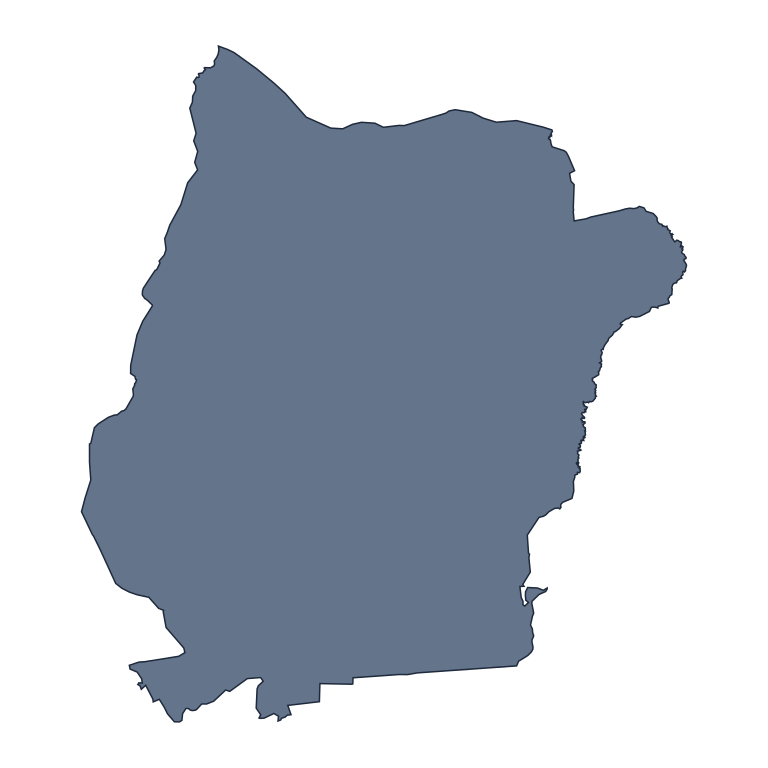 the district of Gaiķu pag., Brocenu, Latvia
{"feature_id": "27541924B40393158953955", "entity_name": "Gaiķu pag.", "entity_type": "district", "adm_level": 2, "iso_a3": "LVA", "parent_name": "Latvia", "parent_adm1": "Brocenu", "projection": "mercator", "projection_center": [22.579, 56.793], "detail": "fine", "context": "isolated", "style": "filled", "palette": "slate", "viewbox_px": 768, "rotation_deg": 0, "n_neighbors": 0, "source": "geoboundaries", "source_scale": "gbopen_adm2", "svg_char_len": 6093}
<svg xmlns="http://www.w3.org/2000/svg" viewBox="0 0 768 768"><path d="M189.8,108.1L196.1,133.3L193.7,140.8L197.7,151.4L194.7,162.4L197.6,169.9L187.7,182.7L180.9,204.6L169.7,225.3L167.4,232.1L164.7,238.7L165.9,248.1L165.9,250.1L164.2,255.1L159.1,261.1L160.0,263.0L156.7,269.7L155.1,270.4L148.3,280.6L143.4,288.1L142.5,290.9L142.3,294.6L142.6,295.4L144.8,298.5L147.2,300.1L152.6,305.3L152.3,305.2L152.3,306.0L142.7,321.3L137.0,334.9L130.7,365.3L130.6,373.5L134.9,376.4L135.5,379.2L136.6,379.8L135.6,382.8L134.8,383.4L134.5,384.3L134.8,385.0L132.8,388.9L133.4,394.6L133.1,396.4L126.0,408.8L124.0,410.6L121.7,411.1L117.3,414.8L114.2,415.1L108.4,417.3L98.2,423.9L94.4,427.7L90.8,443.3L89.5,444.0L89.5,462.2L90.8,480.0L85.0,498.3L81.5,511.7L92.4,534.6L93.5,536.0L100.0,549.2L115.7,583.4L121.8,588.2L129.4,592.1L137.3,594.8L148.8,597.3L158.7,608.4L163.7,610.4L163.2,611.7L166.1,627.5L183.8,648.0L184.9,652.6L178.7,656.3L144.9,661.7L138.9,662.1L129.3,665.3L130.1,669.1L137.2,672.1L141.6,678.7L142.3,683.0L138.9,682.8L137.8,684.6L139.9,685.6L141.3,689.3L145.7,685.3L152.9,699.1L153.2,701.9L159.3,699.3L164.4,707.5L167.5,713.8L174.4,721.8L179.4,721.9L181.9,720.4L182.6,713.7L186.0,708.4L188.6,708.6L190.1,710.0L192.2,710.6L195.3,710.2L196.6,709.5L201.7,704.0L206.6,704.0L213.7,701.2L225.7,690.0L229.7,691.4L247.3,678.6L260.0,677.6L260.8,677.8L263.2,681.3L258.3,685.8L257.1,688.9L256.2,708.1L260.7,714.8L259.0,718.0L259.8,718.4L264.2,718.1L273.9,713.5L278.5,716.2L278.0,721.0L280.7,720.0L281.6,718.2L285.0,717.2L287.2,715.2L291.0,714.7L287.8,705.4L319.4,701.7L319.9,683.6L352.0,684.2L352.8,683.9L353.0,677.8L399.4,674.5L407.6,674.6L417.2,672.9L516.6,665.9L518.6,661.2L527.8,655.5L531.5,651.8L532.9,649.1L533.0,646.9L531.9,641.8L532.1,639.6L533.5,636.5L533.6,635.2L532.7,632.9L532.3,628.7L530.5,625.1L532.5,616.1L533.7,613.1L531.8,603.4L532.0,601.3L539.0,594.5L545.7,591.5L547.2,588.9L547.2,588.0L543.3,590.3L537.6,588.0L527.7,587.5L525.5,591.9L525.4,595.9L525.8,600.2L528.5,602.5L524.7,606.1L523.0,604.7L523.0,601.4L521.2,597.4L519.9,586.5L524.0,586.3L522.8,584.4L530.3,572.1L528.9,557.7L529.5,554.2L528.5,553.0L527.3,535.1L539.0,517.4L543.6,516.2L545.9,514.8L548.8,511.8L554.4,508.5L558.1,508.0L559.8,508.9L561.0,507.3L560.6,506.0L560.9,504.3L562.7,502.3L572.0,498.4L573.8,490.9L573.4,481.4L574.8,477.3L574.8,475.5L575.2,474.9L577.4,474.2L577.4,472.4L579.6,472.7L580.2,471.4L580.1,468.5L579.2,468.2L580.0,466.8L579.0,466.3L578.3,466.8L578.0,466.2L578.1,464.4L578.6,463.3L577.7,463.3L577.0,464.3L576.4,463.7L576.5,462.8L578.3,462.1L577.8,460.8L578.1,460.4L577.8,459.3L578.9,458.0L578.2,457.2L579.0,455.1L577.6,453.7L577.8,451.8L577.5,451.2L580.9,450.3L580.7,449.5L578.3,448.7L578.4,447.8L580.2,447.2L580.5,446.0L579.0,444.1L579.5,443.5L580.7,443.8L581.5,442.9L581.3,442.1L581.7,441.2L580.9,440.9L581.2,440.1L583.8,440.5L583.2,438.5L585.0,437.6L584.9,437.0L583.5,436.7L585.5,434.9L585.1,432.5L585.5,431.5L584.7,430.8L585.4,430.3L585.3,427.8L584.0,427.1L582.9,424.8L584.0,424.0L584.3,422.9L585.0,423.0L584.9,421.8L583.0,421.6L582.3,422.2L582.3,420.6L581.7,419.8L581.1,419.8L580.9,419.0L581.9,418.4L582.2,417.5L583.3,418.4L584.4,418.4L584.6,417.4L582.4,415.3L581.5,413.6L582.4,412.5L584.0,412.8L584.5,411.8L585.7,411.9L585.8,410.9L584.7,409.9L584.9,409.3L586.2,409.3L587.3,407.2L584.1,405.9L584.5,405.1L583.4,404.2L583.2,402.1L583.4,401.6L584.8,402.7L587.9,402.1L588.5,402.7L589.8,401.4L591.1,401.8L592.8,401.2L595.3,398.2L595.3,397.0L596.4,396.2L595.3,395.1L595.6,393.9L595.0,393.2L595.6,392.4L595.1,391.8L595.8,390.4L594.9,389.3L596.1,387.9L596.2,384.8L594.9,384.0L594.0,382.1L592.4,380.9L592.6,379.6L592.2,378.6L598.6,374.8L598.8,373.1L598.3,371.7L599.5,370.8L600.3,367.8L601.4,366.6L601.2,365.6L601.6,364.1L599.5,362.9L601.5,361.7L601.7,361.0L601.1,358.7L600.6,358.3L600.9,357.4L600.7,355.8L601.6,354.9L602.2,352.6L601.1,350.3L602.7,349.0L603.2,349.3L603.6,347.3L605.3,344.3L608.1,340.6L608.7,338.4L612.4,335.1L614.3,331.8L615.4,331.6L619.3,328.6L622.3,324.6L620.5,324.3L620.2,323.6L620.6,323.0L626.5,318.8L627.8,318.8L631.5,316.5L635.7,317.2L639.7,316.4L649.5,311.4L651.0,308.0L652.0,307.1L655.4,307.2L657.9,308.0L657.9,306.8L658.4,306.2L669.0,303.3L669.2,302.1L668.1,299.8L668.3,298.2L669.3,297.3L669.8,295.9L671.8,294.6L672.2,288.8L671.7,288.0L672.8,284.4L674.5,283.0L676.1,283.0L676.7,282.5L677.2,280.7L680.2,278.6L681.8,278.2L681.1,276.8L681.3,276.1L683.0,274.7L682.7,272.1L683.4,271.2L684.5,272.0L685.5,270.8L685.5,269.1L686.5,265.7L686.3,264.4L683.7,260.1L684.5,259.0L685.9,258.7L686.1,257.4L685.1,256.4L684.3,254.6L682.0,253.1L681.5,251.9L682.9,249.9L681.9,248.9L682.7,248.3L683.0,246.7L682.0,246.0L681.0,247.0L680.3,246.9L681.5,243.1L681.1,241.9L679.6,241.7L678.4,240.6L676.7,240.2L675.1,241.8L674.6,241.7L671.6,237.2L672.2,236.8L672.1,236.2L671.3,235.5L672.7,234.5L672.0,234.3L672.0,233.7L670.9,234.0L670.0,233.3L669.8,232.0L670.2,230.8L667.8,229.6L667.6,229.2L667.9,228.7L667.3,227.9L666.9,226.2L665.4,226.7L663.3,225.8L662.7,226.2L662.0,224.4L659.5,223.8L657.8,222.1L657.0,219.8L657.2,218.2L656.2,216.6L653.2,213.5L646.1,211.3L644.0,207.9L639.4,206.4L636.7,208.0L633.9,208.6L629.6,208.2L625.2,209.0L619.2,210.8L590.9,217.0L586.1,218.8L574.1,220.9L573.2,211.0L573.6,210.4L573.3,207.6L574.1,184.6L570.9,181.1L569.6,173.3L574.6,170.7L568.5,156.4L566.3,152.3L564.2,150.7L552.1,146.8L550.9,143.3L550.6,140.8L550.0,139.8L550.1,139.4L548.5,138.8L549.0,137.0L549.6,137.3L549.8,136.5L550.2,136.6L550.4,135.4L551.1,135.8L550.9,135.3L551.6,135.0L550.9,133.7L552.4,131.4L551.9,129.9L543.1,127.1L516.6,120.6L496.3,122.2L483.1,118.1L471.8,112.4L455.2,109.7L449.0,111.0L446.1,113.0L442.9,114.1L404.2,125.6L399.1,125.4L383.4,127.3L374.9,123.2L361.4,122.3L352.6,124.3L342.7,128.8L330.8,128.1L306.3,117.2L285.2,93.4L273.7,82.9L256.5,68.7L234.1,52.6L227.7,49.5L218.4,46.1L218.9,49.9L218.2,54.0L216.7,57.4L214.2,61.0L214.6,64.0L214.0,65.8L210.5,67.8L204.4,67.6L204.2,67.9L204.4,68.6L205.4,69.7L203.9,70.9L202.7,72.9L198.6,73.6L198.4,74.1L199.2,75.7L199.0,77.0L198.5,77.5L196.7,77.1L193.5,82.0L195.7,85.4L195.7,90.6L192.7,96.1L192.4,102.2L189.8,108.1Z" fill="#64748b" stroke="#1e293b" stroke-width="1.5"/></svg>